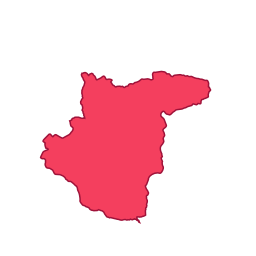 outline of Hualgayoc, Cajamarca, Peru, rotated 131°
{"feature_id": "86281439B40192866337915", "entity_name": "Hualgayoc", "entity_type": "district", "adm_level": 2, "iso_a3": "PER", "parent_name": "Peru", "parent_adm1": "Cajamarca", "projection": "albers", "projection_center": [-78.549, -6.714], "detail": "fine", "context": "isolated", "style": "filled", "palette": "rose", "viewbox_px": 256, "rotation_deg": 131, "n_neighbors": 0, "source": "geoboundaries", "source_scale": "gbopen_adm2", "svg_char_len": 5845}
<svg xmlns="http://www.w3.org/2000/svg" viewBox="0 0 256 256"><g transform="rotate(131 128 128)"><path d="M184.2,183.3L184.6,183.5L190.9,183.9L192.2,183.9L193.0,183.8L193.6,183.5L193.8,183.3L193.7,180.6L194.0,180.6L194.8,180.0L195.2,179.5L195.9,178.8L196.2,178.1L197.1,177.0L196.3,175.2L196.4,174.4L196.6,174.2L197.0,174.3L199.8,175.7L201.0,176.2L202.1,176.3L206.0,175.2L207.5,174.7L207.8,173.8L207.7,173.2L207.1,172.1L206.4,171.5L206.1,170.9L206.1,170.0L206.3,169.2L208.3,167.5L209.4,167.0L210.0,166.5L210.6,165.7L211.2,164.3L211.3,163.7L211.2,162.8L209.8,160.7L209.2,157.2L210.5,154.1L210.7,153.1L210.5,152.3L207.8,148.7L207.4,147.6L206.8,145.5L206.7,143.6L206.8,142.8L207.4,141.5L207.2,139.3L207.4,138.6L207.2,137.7L206.0,136.3L205.8,135.5L205.7,132.2L205.8,131.6L205.9,129.9L205.9,129.4L205.6,128.8L206.4,127.0L207.8,125.3L209.1,122.5L210.2,120.8L212.3,118.3L214.3,116.4L214.6,116.4L214.7,116.2L215.3,114.9L215.9,111.9L215.8,111.1L215.1,109.8L214.9,107.8L214.5,107.3L213.9,105.3L213.9,104.9L214.2,104.0L214.3,103.3L214.1,102.1L213.8,101.3L213.3,100.6L212.9,99.7L211.1,97.7L210.6,97.4L210.2,96.9L208.9,96.6L208.1,94.3L207.4,93.0L207.4,90.9L208.1,89.4L208.9,85.9L208.8,85.3L208.2,84.2L207.9,83.0L207.2,82.5L206.6,81.7L206.5,81.2L206.2,80.8L205.3,78.9L204.7,78.0L204.5,77.4L204.2,77.0L204.0,76.4L203.5,75.7L202.8,74.4L202.7,73.9L202.4,73.5L202.1,72.8L201.4,72.0L200.0,71.1L199.2,70.4L198.6,69.6L198.5,69.0L198.1,68.3L197.3,68.0L196.6,66.8L196.2,66.5L195.6,66.5L195.1,66.3L194.9,65.4L194.3,64.4L193.7,64.2L193.2,63.8L192.4,63.6L192.3,62.8L192.1,62.5L191.7,62.3L191.6,61.8L191.8,60.7L191.3,59.2L191.4,58.8L191.9,58.0L191.7,57.4L191.5,57.9L190.7,59.2L190.9,60.0L190.8,60.5L190.8,61.3L190.4,61.8L189.9,62.3L189.6,62.8L189.4,62.9L189.0,62.7L188.6,62.3L188.1,61.7L187.7,60.9L186.2,59.5L185.1,59.0L184.5,58.5L183.3,57.9L182.3,57.6L182.1,57.6L181.7,58.1L180.4,59.3L179.8,59.9L178.4,61.0L177.8,61.1L176.9,62.1L176.5,62.2L175.9,62.1L175.4,62.2L175.1,62.5L174.2,62.9L173.7,63.7L172.9,64.2L171.3,64.9L170.6,65.4L170.0,66.0L169.1,67.8L168.1,68.6L167.4,69.4L166.6,69.6L165.9,69.2L165.3,69.2L163.9,69.7L163.5,70.0L162.5,72.1L162.0,74.0L161.1,75.8L160.3,76.9L158.6,76.9L157.5,77.3L153.5,78.8L152.6,79.5L151.0,79.9L149.5,79.9L147.3,79.4L144.7,78.2L142.4,76.2L141.1,74.1L140.1,73.7L139.2,73.7L137.2,74.1L135.5,74.8L134.6,75.5L134.2,76.0L133.7,77.2L133.1,78.1L131.7,79.6L130.7,80.0L130.5,80.3L129.7,82.1L128.9,83.2L128.5,83.4L127.2,83.3L126.9,83.5L126.4,84.5L125.3,85.6L124.5,87.3L123.6,88.8L122.5,90.0L121.4,90.8L120.6,91.2L119.3,91.4L117.0,91.5L114.9,92.0L113.7,93.3L113.2,94.3L111.6,95.1L110.0,95.3L109.3,95.7L108.7,96.7L108.2,97.2L106.8,100.2L106.6,100.4L105.1,100.6L103.5,100.3L102.1,100.2L101.4,100.4L100.8,100.8L97.8,106.4L97.5,107.5L97.5,110.5L96.9,111.6L95.8,112.4L94.7,112.8L92.8,112.7L92.2,112.3L91.9,111.6L91.9,110.6L92.2,109.6L92.2,108.1L90.7,105.1L89.7,104.7L86.3,104.4L84.7,103.9L83.3,103.8L82.2,103.2L78.2,99.7L75.5,98.4L74.9,97.8L72.7,97.0L69.5,94.9L69.1,94.7L67.2,94.7L66.9,94.4L65.8,92.0L65.5,91.6L64.9,91.3L63.6,91.3L62.4,89.4L62.0,89.2L61.3,89.3L60.0,90.4L58.4,91.0L58.0,90.9L57.1,90.1L56.4,90.0L54.5,88.9L52.7,88.1L52.0,87.9L51.7,87.9L51.3,88.2L50.1,89.4L48.4,90.2L47.7,90.6L46.8,90.5L45.5,90.5L45.2,90.6L44.8,91.2L44.5,92.5L44.0,93.1L44.0,93.6L44.2,94.1L44.1,94.4L43.3,94.8L42.8,95.5L41.8,96.0L40.8,97.3L40.2,98.8L40.1,99.2L40.5,100.0L41.5,101.0L42.7,104.2L43.8,105.6L44.5,107.3L45.6,108.8L46.6,111.0L47.3,113.5L47.7,114.3L48.6,115.0L49.1,115.7L49.4,116.4L49.5,117.1L49.7,117.5L50.9,118.4L51.3,119.0L51.4,120.0L51.7,120.8L52.5,121.5L52.8,122.0L53.1,122.9L53.6,123.7L56.9,126.8L58.0,127.7L58.8,127.9L59.7,127.9L60.2,128.4L60.6,129.9L60.3,131.0L60.2,132.0L60.2,132.5L61.7,134.3L61.4,136.1L61.8,137.4L63.4,139.9L68.1,143.9L68.9,145.0L69.6,145.2L70.4,145.1L71.0,144.9L71.7,144.4L73.1,142.7L73.7,142.3L74.2,141.5L74.5,141.3L74.9,141.3L75.6,141.5L76.4,142.0L76.8,142.8L77.3,144.2L78.0,145.4L80.9,148.0L81.9,149.6L82.5,149.9L85.0,150.3L86.6,150.9L88.2,151.8L89.1,152.6L91.2,153.0L91.7,153.3L92.6,154.7L93.2,155.3L93.9,155.7L94.8,155.9L96.3,155.6L98.3,157.0L99.1,157.0L99.9,157.4L100.1,157.8L100.1,159.4L100.4,159.7L101.3,160.4L101.6,160.8L101.6,161.3L102.2,162.0L103.8,163.6L104.9,164.1L105.2,164.6L105.3,165.1L105.2,166.3L105.5,167.8L105.5,168.2L104.9,169.6L104.7,170.9L104.4,171.2L103.8,171.3L102.6,171.3L102.3,171.7L102.4,172.3L102.8,173.2L103.4,174.2L104.0,174.8L104.9,175.5L105.3,175.9L105.5,176.3L105.4,177.1L104.7,178.7L104.6,179.5L104.6,180.0L104.9,180.5L105.8,180.9L108.2,181.4L111.9,183.0L112.2,183.3L112.2,183.8L111.0,186.1L110.7,187.2L110.7,188.7L110.6,189.1L110.3,189.7L110.2,190.2L110.3,190.6L110.6,191.3L112.5,192.2L113.1,192.3L114.1,192.1L114.1,193.2L113.8,194.1L113.8,195.2L114.1,196.4L114.8,197.2L115.6,197.7L116.4,197.9L116.7,198.1L116.8,198.6L118.1,198.3L119.0,197.3L119.5,196.1L119.9,194.7L120.7,193.4L121.4,191.1L121.8,190.6L122.8,190.0L123.4,189.8L124.6,189.1L127.0,188.6L127.6,188.4L128.5,187.8L129.2,187.7L129.9,187.4L130.8,186.6L132.0,185.7L133.4,183.7L134.2,183.2L134.7,182.1L135.1,181.8L135.4,181.7L136.0,181.8L137.1,181.6L138.1,181.2L139.0,181.1L139.8,180.5L140.7,179.4L140.7,178.0L141.2,177.2L141.5,176.6L142.6,175.3L143.1,175.0L144.4,174.5L144.8,174.2L144.9,173.4L145.2,172.6L145.7,172.2L146.2,171.6L146.4,170.8L146.6,170.4L147.4,169.8L148.2,168.0L149.0,167.1L149.2,167.6L149.4,168.0L149.8,168.0L151.0,169.2L152.3,172.4L154.2,174.6L155.1,175.3L156.2,175.4L156.7,175.9L157.2,176.2L158.1,176.2L158.8,175.8L159.0,175.8L160.9,176.7L161.4,175.7L162.7,174.2L163.5,173.1L163.9,172.4L163.9,170.5L164.1,169.4L164.8,168.7L166.4,168.1L167.7,168.0L168.8,168.1L169.5,167.9L171.5,168.0L176.3,169.8L178.3,170.5L178.5,170.7L178.9,171.4L179.4,173.3L180.3,177.9L180.6,178.3L181.2,178.7L182.8,179.0L183.2,178.8L183.6,178.9L183.9,179.0L184.0,179.5L183.6,182.5L184.2,183.3Z" fill="#f43f5e" stroke="#9f1239" stroke-width="1.5"/></g></svg>